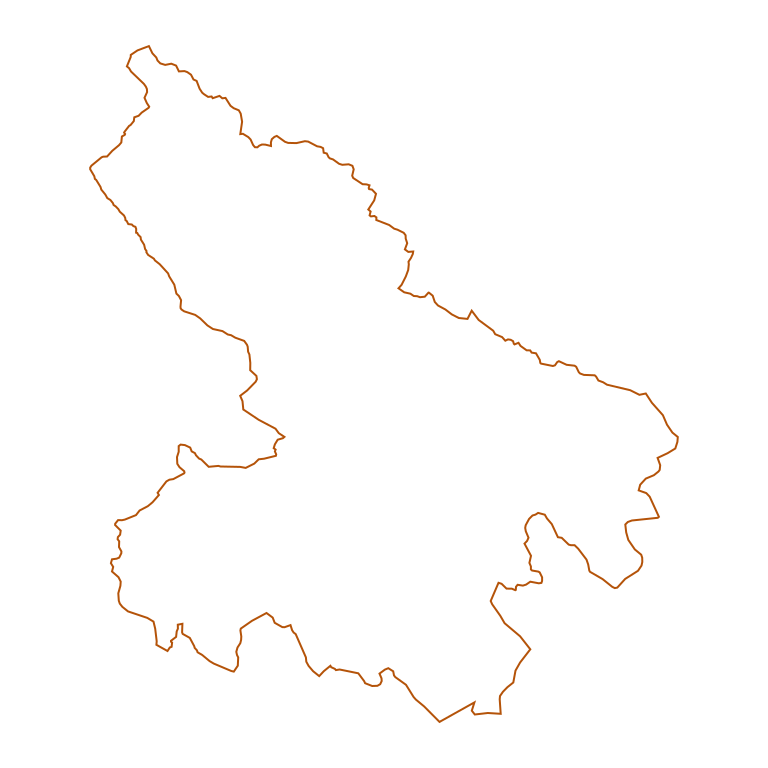 outline of Ba Thuoc, Thanh Hóa, Vietnam
{"feature_id": "81297802B10763760406842", "entity_name": "Ba Thuoc", "entity_type": "district", "adm_level": 2, "iso_a3": "VNM", "parent_name": "Vietnam", "parent_adm1": "Thanh Hóa", "projection": "albers", "projection_center": [105.214, 20.379], "detail": "fine", "context": "isolated", "style": "outline", "palette": "amber", "viewbox_px": 768, "rotation_deg": 0, "n_neighbors": 0, "source": "geoboundaries", "source_scale": "gbopen_adm2", "svg_char_len": 6086}
<svg xmlns="http://www.w3.org/2000/svg" viewBox="0 0 768 768"><path d="M171.3,63.7L165.2,64.9L160.3,63.4L157.5,60.5L156.3,57.5L152.4,53.3L148.9,46.1L137.5,50.4L130.8,54.9L130.7,57.0L126.9,66.4L129.1,68.2L131.0,71.5L143.9,83.9L145.9,86.7L146.9,89.0L147.1,92.1L144.5,97.8L146.8,103.0L149.2,106.7L148.6,107.8L141.7,112.6L138.6,115.8L134.3,117.3L133.8,121.1L130.6,125.0L129.1,125.9L124.6,131.7L124.1,132.6L125.1,134.0L124.7,134.9L121.9,136.5L121.3,142.5L119.0,145.2L112.3,150.8L107.1,156.5L103.1,156.7L101.6,157.3L91.4,165.7L90.2,167.6L90.2,169.3L94.3,176.2L94.9,178.9L96.2,179.9L100.5,186.9L101.3,189.6L105.3,194.5L107.3,198.1L110.4,200.0L112.9,203.1L113.6,205.0L115.7,206.4L118.3,209.1L119.8,211.7L124.0,215.5L125.2,217.9L125.5,220.2L126.7,221.0L128.3,224.1L131.8,224.5L133.4,226.1L135.4,226.8L136.2,228.9L136.1,232.7L137.3,233.0L138.1,234.6L140.6,237.1L140.9,239.6L144.1,244.7L145.1,249.0L146.5,251.0L146.4,252.3L148.2,255.0L153.9,258.7L154.9,260.4L159.7,264.2L168.1,273.4L169.2,276.4L174.3,284.7L176.4,293.6L178.9,296.0L181.1,300.2L180.5,306.5L180.6,308.2L181.5,309.5L184.1,311.3L195.2,314.9L200.2,318.4L207.4,325.4L212.9,329.0L222.5,331.1L227.8,334.5L231.1,335.2L235.3,337.7L244.2,340.9L247.0,344.8L247.7,346.7L248.1,351.7L249.4,354.5L250.3,362.9L250.2,370.2L256.4,375.9L256.9,379.2L255.7,381.7L247.1,390.5L240.2,395.8L242.5,401.2L243.3,409.5L258.7,419.8L275.5,428.7L278.8,433.2L284.4,436.9L282.9,438.2L277.7,439.7L274.9,444.3L273.7,448.2L275.6,449.6L274.9,451.4L276.2,454.4L275.9,455.8L264.1,458.7L258.7,459.3L254.3,463.6L245.7,467.9L240.2,466.9L220.5,466.5L218.5,465.9L208.7,466.8L201.3,459.5L199.1,458.6L196.0,455.3L194.9,453.1L191.7,451.4L190.2,447.6L184.9,445.1L180.6,444.6L178.7,446.1L178.7,451.8L177.0,457.1L177.3,463.8L179.5,467.2L184.2,471.2L184.5,472.7L184.0,473.4L173.3,479.1L169.4,479.7L166.4,481.4L157.6,492.8L158.9,495.0L152.5,502.3L147.8,506.2L139.6,510.5L136.0,515.1L124.8,519.6L122.0,520.2L118.1,520.1L115.2,523.7L115.1,525.0L120.7,530.6L120.1,534.7L117.9,537.1L117.6,539.2L119.2,541.3L119.0,547.1L121.4,551.4L121.3,553.3L119.2,557.6L116.6,558.7L112.0,559.3L110.9,563.2L113.2,566.9L112.0,571.5L118.5,577.2L120.7,581.6L120.4,585.8L118.3,593.3L118.8,600.7L119.8,603.6L122.4,606.9L128.0,611.4L147.3,617.9L153.5,621.6L155.2,628.7L156.7,641.3L156.4,644.8L167.5,651.0L169.8,647.5L171.6,646.8L172.1,642.6L171.0,641.7L171.0,640.8L176.1,636.9L176.7,631.4L177.9,628.7L177.8,624.7L182.4,623.8L182.1,632.4L182.7,633.9L189.8,637.9L194.2,646.1L194.7,647.9L196.9,650.3L197.6,652.3L202.1,654.9L209.6,661.1L213.8,663.6L231.3,671.0L233.8,671.6L237.8,665.7L238.2,657.4L237.0,655.0L236.3,651.8L237.5,647.5L240.3,643.2L241.1,639.9L241.3,636.5L240.4,630.4L240.8,628.6L252.0,620.8L266.5,613.0L272.7,617.6L274.7,622.8L282.3,627.1L284.6,627.2L290.5,625.1L292.1,630.2L293.6,632.5L295.7,634.1L305.9,657.4L306.3,661.7L308.6,665.9L313.1,671.2L319.2,676.1L323.8,671.2L330.4,665.8L331.2,667.2L334.9,668.9L335.9,670.1L339.6,669.5L358.3,673.3L364.2,681.2L365.1,683.2L372.2,686.0L377.4,685.8L380.2,684.2L381.7,681.0L381.5,678.3L379.5,673.6L384.9,669.6L388.3,668.2L393.2,671.3L394.0,675.4L395.3,677.1L406.0,684.8L413.6,697.0L415.9,699.6L424.1,706.4L439.5,721.9L474.4,702.4L471.8,710.7L474.8,714.5L487.8,713.0L500.7,713.8L499.7,699.3L500.0,696.0L503.0,691.7L507.4,687.2L513.3,682.5L515.5,670.6L520.1,662.5L530.3,649.3L520.1,636.3L504.6,623.2L500.3,615.8L492.2,604.3L490.7,601.0L498.5,582.8L501.6,583.8L506.5,588.6L511.9,588.7L515.3,590.2L515.8,589.9L516.0,586.8L517.6,584.8L522.9,585.6L526.1,584.6L530.3,581.7L538.8,583.3L541.4,582.9L542.1,580.9L542.1,577.3L539.7,572.4L538.3,571.6L532.0,570.5L530.9,569.4L530.9,566.4L529.4,562.9L531.0,555.8L524.5,543.6L527.1,540.9L528.5,537.7L525.8,531.3L525.2,527.9L525.7,525.2L529.1,518.9L532.5,515.5L535.5,514.6L538.1,512.9L544.8,514.7L547.0,518.5L551.8,524.1L557.9,537.2L561.7,537.8L568.7,544.6L570.9,545.2L574.6,545.2L578.2,548.7L586.5,559.6L588.2,564.5L589.3,570.6L590.0,571.8L602.6,579.1L612.2,586.8L614.8,588.1L617.3,587.6L625.2,578.9L638.0,570.8L641.5,565.6L642.3,562.0L642.2,557.7L641.2,554.7L634.8,549.4L628.3,539.9L626.2,532.4L625.3,524.5L627.8,522.0L631.9,520.5L657.8,517.8L658.9,516.8L649.7,496.7L646.3,493.1L638.7,490.4L640.2,484.7L645.8,478.6L653.9,475.2L658.5,471.5L659.7,469.9L660.2,465.2L657.6,457.9L667.6,453.2L675.3,448.5L677.4,441.9L677.8,437.0L672.4,432.6L667.0,424.7L662.9,415.2L651.9,402.8L645.8,393.5L639.4,394.8L630.2,390.2L607.0,384.7L603.2,382.3L598.4,380.5L596.1,376.6L594.7,375.3L583.9,374.9L580.1,373.5L578.8,372.2L576.2,366.8L574.6,365.7L566.6,364.8L558.9,361.2L557.2,362.1L555.0,365.3L552.9,366.0L541.0,363.6L540.3,362.9L539.8,359.9L536.0,353.3L531.6,352.6L530.2,350.4L526.6,350.3L520.5,345.9L518.5,342.8L514.5,344.4L513.8,343.7L513.1,341.2L510.7,339.8L508.0,339.4L505.3,340.7L502.1,337.1L495.2,334.2L493.2,330.7L478.7,320.0L471.7,310.7L467.5,318.9L458.8,318.0L451.8,314.4L445.4,309.5L438.0,305.5L434.8,302.0L432.7,295.7L429.0,292.7L428.5,292.6L424.8,296.7L420.0,297.2L417.2,296.2L413.8,296.0L410.4,293.7L404.2,292.3L398.5,288.3L401.6,284.8L405.8,276.5L408.2,270.0L408.8,264.3L408.5,261.7L411.0,257.9L412.8,254.0L413.2,251.5L408.3,251.9L404.9,249.4L407.2,243.2L405.7,238.6L405.6,235.3L403.7,232.8L397.5,229.7L394.2,228.7L389.2,225.0L376.3,220.0L376.4,217.4L374.4,216.0L370.9,216.4L369.6,215.4L370.6,211.5L368.3,209.5L374.2,200.4L376.0,193.8L372.0,189.6L369.1,189.1L368.7,188.0L369.5,185.3L366.6,184.4L362.6,184.2L353.2,178.0L352.2,175.7L353.7,169.3L352.4,165.8L348.7,164.3L342.3,164.8L339.1,163.8L333.0,159.4L329.9,158.4L328.6,157.2L326.8,153.5L323.7,152.7L323.1,148.2L320.6,146.9L317.1,146.3L308.2,141.6L304.9,141.2L296.4,143.1L288.1,142.9L285.0,141.8L276.8,135.9L274.4,136.9L271.8,139.2L270.9,142.4L271.0,146.0L265.2,144.6L262.0,144.5L259.2,145.7L257.4,147.3L254.9,147.2L253.1,145.0L250.6,139.5L248.3,137.1L242.9,133.8L240.3,134.1L242.1,121.7L240.7,113.6L238.8,110.3L233.7,108.2L230.5,105.8L225.5,97.9L222.3,98.3L219.5,95.9L212.7,98.2L211.6,96.5L208.1,96.9L204.0,94.2L202.2,92.7L199.6,88.7L196.6,80.9L193.5,79.5L191.0,74.7L187.3,72.1L184.5,71.1L178.9,71.4L176.1,65.6L171.3,63.7Z" fill="none" stroke="#b45309" stroke-width="2"/></svg>